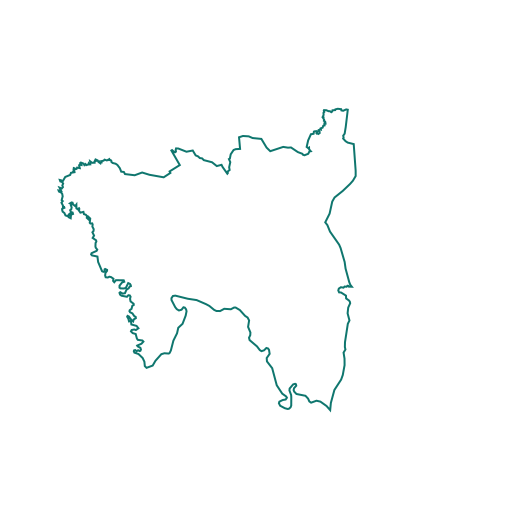 Mueang Yasothon, Yasothon, Thailand (Equal Earth projection), rotated 329°
{"feature_id": "78962969B68944208488638", "entity_name": "Mueang Yasothon", "entity_type": "district", "adm_level": 2, "iso_a3": "THA", "parent_name": "Thailand", "parent_adm1": "Yasothon", "projection": "equal_earth", "projection_center": [104.128, 15.832], "detail": "fine", "context": "isolated", "style": "outline", "palette": "teal", "viewbox_px": 512, "rotation_deg": 329, "n_neighbors": 0, "source": "geoboundaries", "source_scale": "gbopen_adm2", "svg_char_len": 6100}
<svg xmlns="http://www.w3.org/2000/svg" viewBox="0 0 512 512"><g transform="rotate(329 256 256)"><path d="M322.3,331.7L322.0,329.2L322.5,326.3L326.3,312.9L328.9,306.8L332.6,292.8L333.1,289.1L332.0,273.2L333.1,266.3L332.7,262.8L340.9,257.6L349.4,248.6L353.5,246.3L363.9,244.9L373.7,242.7L377.8,241.4L382.6,238.8L385.3,234.3L397.4,210.4L393.0,206.0L391.9,203.7L391.2,200.2L392.1,199.6L392.7,197.8L395.0,196.8L399.3,191.7L410.0,177.9L408.8,176.8L405.5,176.4L404.2,175.2L404.6,174.0L401.9,171.9L399.5,171.2L399.0,171.7L396.6,170.5L395.7,171.4L394.6,171.5L393.9,169.9L392.8,169.3L391.3,167.2L389.4,166.0L388.9,166.4L388.7,167.7L387.6,168.0L386.6,169.9L384.7,171.2L385.2,171.9L384.6,172.2L384.6,174.2L383.8,175.1L384.5,176.4L384.1,177.6L383.6,177.4L383.5,178.4L382.5,178.1L382.0,179.4L380.7,179.0L379.2,180.3L377.3,179.9L376.8,181.0L376.3,180.3L375.3,180.8L374.5,180.3L374.0,180.7L374.5,182.3L373.9,183.4L372.3,183.5L372.0,182.7L371.2,182.5L371.1,181.8L372.2,181.1L372.1,180.1L370.4,179.3L369.7,179.2L368.3,180.9L365.8,179.9L360.2,183.8L355.6,188.6L356.3,190.4L357.3,190.4L356.5,191.9L356.9,194.4L355.6,193.9L353.4,195.3L349.4,194.6L348.4,193.4L348.4,192.3L345.4,188.5L341.9,181.0L339.2,179.6L335.5,176.5L322.2,173.5L320.9,168.5L320.9,158.4L313.8,153.1L311.4,149.7L306.6,146.4L302.6,145.5L297.5,156.0L293.7,154.0L291.4,153.6L286.7,155.8L283.8,159.0L282.7,159.0L282.3,162.3L278.7,166.1L277.7,168.7L275.1,169.0L274.6,170.4L273.8,170.7L273.2,162.5L273.4,160.1L268.7,158.7L266.6,153.0L260.6,146.9L260.1,144.6L258.3,143.1L257.6,140.7L256.1,138.7L256.1,133.0L250.1,130.8L244.8,123.9L242.9,122.6L241.7,123.8L241.2,125.2L240.4,125.5L239.6,125.1L238.6,122.0L237.8,122.0L237.5,138.8L225.5,139.0L225.4,140.7L217.4,141.0L206.5,131.5L201.4,125.8L193.6,124.3L185.9,118.3L186.0,115.9L183.9,114.3L184.5,110.6L184.1,106.6L183.2,104.6L181.0,102.4L180.5,100.9L181.0,99.9L180.8,98.9L179.6,98.2L180.0,97.4L177.4,97.3L175.8,95.4L174.5,95.8L172.4,95.1L171.8,96.3L170.7,95.8L170.3,96.3L169.6,94.7L170.4,94.1L169.4,93.5L169.5,92.5L168.2,90.6L167.4,91.1L167.7,92.1L166.2,91.9L165.7,92.9L163.5,91.7L162.6,89.4L162.1,90.6L162.5,91.1L161.3,91.4L161.1,92.1L160.1,91.6L160.1,90.7L159.6,91.2L157.3,90.7L157.2,89.4L155.7,89.7L155.8,88.0L154.0,85.7L153.3,85.8L153.7,87.4L153.3,88.2L151.8,86.9L151.1,87.1L150.2,89.9L148.2,88.1L147.1,88.9L145.8,88.6L145.8,87.6L145.1,86.8L144.0,88.1L144.0,88.9L143.1,89.3L143.8,90.2L143.6,90.7L140.2,89.4L138.5,90.8L133.2,90.0L128.6,92.5L128.1,90.9L127.0,89.8L126.7,91.3L127.9,92.7L128.0,94.6L126.3,95.8L126.0,97.5L124.3,98.1L122.8,96.2L122.5,99.8L120.5,98.1L120.3,99.3L121.7,101.3L121.9,102.9L121.0,105.3L118.2,108.0L118.6,109.4L116.7,110.1L116.5,113.3L115.8,114.5L116.8,115.1L116.6,116.0L114.2,115.7L113.6,116.5L113.1,118.4L113.9,120.4L113.6,123.1L115.0,124.8L116.1,124.4L115.4,126.3L116.6,128.2L118.0,126.3L117.3,124.9L117.6,123.9L119.5,123.6L119.2,125.4L120.8,125.7L121.2,124.3L120.0,123.0L120.3,121.0L121.7,120.8L123.0,119.4L123.4,117.3L124.6,117.0L123.6,115.1L125.5,115.1L126.2,115.8L125.8,117.6L126.7,120.1L128.5,119.4L126.6,122.7L127.1,123.8L128.9,123.9L128.8,124.7L127.6,125.5L127.8,128.4L130.8,129.3L130.1,131.5L131.4,133.0L131.6,135.0L130.6,136.1L131.3,138.4L132.6,136.4L133.2,138.5L130.6,141.9L130.8,142.9L132.4,143.7L132.2,144.9L130.9,146.5L130.7,149.4L129.6,150.9L128.0,151.4L127.7,155.1L125.3,156.4L127.0,160.2L126.6,161.4L125.2,162.2L123.3,165.1L122.9,166.3L123.2,168.8L122.0,169.5L116.5,168.9L115.5,169.7L115.7,171.0L119.8,174.8L117.6,179.8L116.2,189.8L117.1,191.0L118.4,191.3L119.3,189.5L120.0,189.4L121.2,191.2L120.7,192.0L118.2,193.0L116.6,195.1L116.2,196.8L117.9,198.1L119.6,198.2L120.9,199.4L122.1,202.1L120.7,203.7L121.0,205.5L123.5,204.6L130.1,208.7L129.8,210.2L127.6,209.7L123.8,211.1L122.7,212.8L123.1,213.9L126.0,215.8L128.0,216.3L132.5,213.4L133.6,215.0L133.6,216.6L133.2,217.4L132.1,217.1L130.2,218.1L127.6,218.2L124.5,220.4L122.4,219.6L121.0,217.1L120.0,217.3L119.6,219.1L120.3,220.8L124.4,224.5L126.4,223.9L127.5,224.8L127.5,226.3L126.0,227.8L125.1,230.3L126.5,233.9L126.0,235.0L124.3,235.0L122.1,237.2L119.9,237.4L119.1,238.1L119.1,239.4L120.5,241.5L120.7,244.8L121.5,246.2L121.0,247.4L118.5,247.4L117.0,248.8L116.2,246.2L115.9,242.4L115.1,241.2L114.3,241.7L114.3,244.0L113.5,246.7L114.9,247.1L115.1,247.8L113.9,250.5L117.6,254.4L118.0,257.4L114.9,257.6L113.8,256.3L111.3,255.4L110.0,256.2L110.6,258.6L112.7,260.9L111.4,265.4L111.5,267.0L115.1,269.9L115.4,271.4L112.6,272.2L108.0,271.6L108.0,272.5L109.6,275.1L109.2,276.9L108.1,277.7L107.3,277.6L106.4,276.1L104.6,276.1L104.0,274.4L102.9,274.1L102.2,274.7L102.0,276.2L104.8,279.5L106.3,285.1L105.9,289.1L104.0,293.1L104.6,295.5L111.0,296.7L115.9,294.0L124.3,291.4L127.4,292.2L131.0,294.7L132.1,294.6L134.4,293.1L141.6,286.0L148.5,281.6L152.4,277.5L158.1,276.3L165.0,270.9L168.0,267.6L168.6,265.7L168.4,263.6L167.4,262.6L164.5,263.7L161.9,263.0L160.7,260.7L160.4,258.2L160.9,250.2L161.8,248.6L164.2,247.5L166.4,248.4L175.5,257.5L182.4,263.2L188.4,271.6L190.3,274.8L192.4,280.7L193.8,282.8L196.9,284.7L201.6,284.9L207.0,288.7L210.7,288.9L212.0,289.7L214.3,294.0L215.8,301.7L217.1,304.4L216.9,307.7L212.7,312.7L211.8,318.7L210.3,320.9L207.9,322.5L207.2,324.8L210.3,334.0L210.8,338.6L211.7,340.4L214.3,341.0L217.5,340.2L218.7,341.5L218.8,343.2L217.3,346.9L212.6,349.0L211.1,352.0L212.1,360.5L207.2,377.5L207.6,387.5L209.5,391.9L209.5,393.4L207.5,394.3L204.7,393.2L201.0,392.9L199.8,394.0L199.6,396.8L202.3,401.3L204.3,403.4L205.5,403.9L207.7,403.5L209.2,402.3L213.4,395.4L214.5,393.3L215.4,388.5L216.6,386.9L221.7,385.2L223.7,385.7L224.2,386.5L223.7,387.9L220.5,388.9L219.2,390.3L218.9,391.9L219.6,395.1L226.4,401.3L227.2,405.1L226.8,408.1L227.7,410.1L233.3,411.2L236.2,414.0L239.2,420.9L240.2,426.3L244.5,420.5L254.2,411.2L265.3,405.8L269.1,402.7L275.7,395.2L279.0,389.6L281.3,383.9L284.5,382.2L285.3,379.8L287.9,375.7L299.8,361.4L302.9,359.4L305.0,352.3L308.5,347.7L312.4,345.0L312.9,343.5L312.8,342.1L311.4,338.8L312.7,336.3L310.1,331.1L308.5,330.0L308.8,327.9L310.2,326.6L312.7,326.5L314.7,328.2L316.2,327.8L317.8,329.0L319.1,328.6L319.7,329.1L319.7,330.0L322.3,331.7Z" fill="none" stroke="#0f766e" stroke-width="2"/></g></svg>